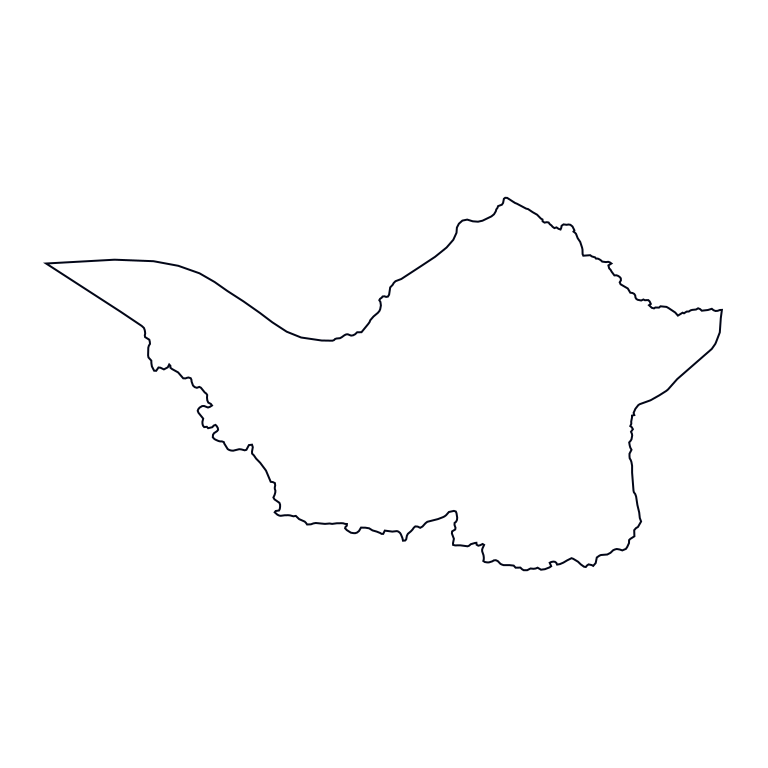 the district of Nyakach, Nyanza, Kenya
{"feature_id": "3690345B60685501176062", "entity_name": "Nyakach", "entity_type": "district", "adm_level": 2, "iso_a3": "KEN", "parent_name": "Kenya", "parent_adm1": "Nyanza", "projection": "mercator", "projection_center": [34.915, -0.319], "detail": "fine", "context": "isolated", "style": "outline", "palette": "ink", "viewbox_px": 768, "rotation_deg": 0, "n_neighbors": 0, "source": "geoboundaries", "source_scale": "gbopen_adm2", "svg_char_len": 6126}
<svg xmlns="http://www.w3.org/2000/svg" viewBox="0 0 768 768"><path d="M641.1,521.5L639.8,518.0L639.2,512.5L637.4,505.0L636.1,496.5L635.2,494.0L633.9,492.3L633.5,490.6L632.1,472.7L632.1,465.8L631.4,461.9L630.7,460.0L629.7,458.3L629.5,456.2L629.5,453.7L631.5,449.8L630.3,447.6L629.7,445.4L629.2,442.4L630.6,440.8L631.5,439.3L632.2,435.4L631.9,433.7L631.0,431.8L632.9,429.2L631.7,427.1L630.3,426.1L631.3,423.8L631.2,421.6L632.0,417.5L632.0,415.6L634.3,415.1L633.6,412.9L635.4,408.8L638.3,405.1L639.7,404.2L650.5,400.3L659.2,395.4L666.3,390.9L668.0,389.5L677.2,379.1L711.8,348.9L715.3,343.9L716.0,342.3L719.8,332.4L720.8,318.1L721.9,309.9L719.9,310.0L717.7,310.8L715.6,311.0L713.5,310.2L711.8,308.8L707.9,310.0L701.8,310.7L700.1,309.1L698.1,308.3L696.1,309.5L692.2,309.9L690.5,310.4L688.9,311.5L686.6,311.6L684.0,313.3L682.6,312.7L677.9,315.6L675.2,312.5L668.6,308.1L666.5,306.9L660.5,306.3L659.0,307.6L655.3,307.5L654.0,308.4L651.8,307.8L649.0,305.2L650.8,303.9L649.7,301.5L648.3,300.1L644.8,300.2L643.4,299.5L641.2,300.5L637.7,299.8L636.4,299.0L635.5,297.6L635.2,295.4L634.2,293.9L632.5,293.0L630.3,292.7L627.8,288.5L620.6,284.3L619.7,282.3L620.9,280.4L620.8,278.3L619.6,276.9L618.1,275.9L616.5,275.3L614.4,275.4L611.7,271.8L610.5,269.7L609.2,268.4L608.4,265.4L611.4,263.5L609.9,262.4L608.2,261.8L606.0,262.1L602.2,261.6L601.1,260.5L599.5,259.4L597.8,258.6L596.0,258.6L595.1,257.4L591.8,256.4L590.2,255.2L583.3,255.7L582.6,254.1L582.5,249.6L582.1,247.7L580.2,241.9L577.7,238.2L576.0,233.8L574.9,232.6L573.5,231.6L574.4,230.3L572.5,226.5L570.4,224.8L568.5,224.5L566.6,224.8L563.5,224.4L561.6,225.8L561.2,228.0L560.5,229.5L558.5,228.8L556.5,227.4L554.4,228.1L552.6,226.8L551.4,225.4L549.8,224.2L548.6,222.5L546.8,222.2L544.5,222.6L542.6,221.3L542.5,219.5L540.8,218.5L537.1,214.7L532.7,212.2L528.1,209.1L526.1,208.6L516.9,203.7L514.9,202.9L507.2,197.9L505.2,197.8L503.9,198.8L503.1,202.9L501.9,204.7L498.1,206.1L497.4,208.0L496.3,209.4L495.8,211.3L494.0,214.3L491.4,216.4L482.5,220.7L478.0,221.7L472.8,221.3L467.2,219.6L462.4,220.6L458.9,223.7L456.9,227.6L456.5,232.8L453.3,239.8L446.6,247.5L435.1,256.8L421.8,265.6L401.3,279.0L395.5,281.2L393.7,283.0L392.7,284.8L390.2,287.4L389.1,294.7L387.9,296.6L386.1,296.9L384.5,296.3L382.6,296.5L381.7,297.7L380.1,298.8L379.3,300.2L380.4,301.9L380.9,305.4L380.2,309.2L379.4,311.0L377.9,312.8L373.5,316.5L370.3,320.2L369.5,322.2L368.2,324.0L361.5,332.2L357.1,332.3L355.2,334.2L353.1,335.3L351.1,335.6L347.8,334.3L346.2,334.4L344.5,335.2L341.6,337.3L339.9,338.2L336.6,338.5L335.1,339.0L334.0,340.1L332.4,340.7L321.6,340.5L301.1,337.5L286.7,331.7L272.3,322.3L260.0,313.0L243.5,301.4L227.4,291.0L214.6,282.0L199.5,273.3L178.3,265.8L153.5,261.2L114.6,259.7L46.1,263.5L120.4,311.6L141.7,325.9L143.9,327.9L144.7,330.0L145.0,331.7L145.2,333.5L144.8,335.3L145.1,337.1L149.3,339.7L149.8,341.7L150.0,343.9L148.9,345.6L148.3,347.7L148.1,355.4L148.5,357.5L151.3,360.6L151.4,363.3L151.9,366.4L154.1,370.7L156.2,370.8L158.5,367.5L160.4,367.7L163.9,369.4L167.8,367.3L169.2,364.5L170.4,365.8L170.4,367.7L172.0,369.0L178.1,372.4L183.2,378.3L185.5,378.4L187.0,377.8L188.5,377.5L190.7,378.2L191.4,379.7L191.6,381.6L193.0,385.5L194.7,387.1L196.9,387.8L199.3,386.9L200.9,387.7L204.7,392.4L206.3,393.6L207.2,395.0L207.0,397.6L207.3,400.4L208.3,402.6L210.8,403.9L212.0,405.5L210.0,406.8L208.0,407.5L204.1,406.0L202.1,406.1L199.6,407.6L198.3,409.2L197.7,410.8L198.5,412.8L203.2,418.6L202.4,421.9L202.5,423.9L203.0,425.7L204.2,427.1L206.8,426.8L208.1,428.2L212.3,427.2L213.7,425.6L215.5,424.9L216.7,426.1L217.8,428.0L218.1,429.8L217.1,431.1L214.0,433.2L213.0,434.8L212.8,437.3L214.5,439.1L216.2,440.0L218.5,441.0L220.1,441.4L221.9,441.4L223.8,442.1L224.3,443.6L227.7,449.1L229.3,450.0L231.0,450.5L233.1,450.7L239.2,449.2L241.3,449.4L244.7,450.3L246.4,449.8L248.9,445.1L252.0,444.7L252.8,447.2L252.0,451.6L252.1,453.6L253.9,455.4L256.1,458.6L260.2,462.8L266.0,470.6L270.7,481.8L272.9,482.1L274.9,483.1L275.2,485.5L274.8,487.2L274.8,488.9L275.4,490.6L275.3,492.4L274.6,494.9L273.4,497.5L274.5,499.4L279.4,502.8L280.1,504.7L280.1,506.8L279.8,508.9L279.0,510.5L275.7,511.0L274.7,512.3L277.4,514.7L279.3,515.6L280.8,515.8L284.5,515.3L288.2,515.2L290.1,515.4L293.4,516.3L295.8,515.9L299.1,519.1L304.7,521.6L306.0,522.9L307.1,524.5L311.0,524.3L313.4,523.4L315.8,523.0L325.0,523.9L329.6,523.5L332.1,523.9L336.6,523.3L341.6,523.2L343.2,523.3L345.1,523.9L346.9,524.0L346.8,525.7L345.5,526.9L345.1,528.3L346.8,530.1L350.9,532.7L353.3,533.1L355.1,533.2L357.0,532.6L359.0,531.0L361.0,527.6L365.4,527.7L369.1,528.3L372.5,530.4L376.7,531.6L380.2,533.0L381.6,533.9L383.2,533.9L384.8,530.6L392.3,531.6L396.9,531.1L398.4,531.6L400.0,532.9L400.9,534.3L402.4,538.0L403.0,540.7L405.2,540.5L406.2,539.3L406.9,535.7L407.9,533.8L410.9,531.3L412.5,529.6L413.8,527.7L415.3,526.4L417.7,526.6L420.2,527.8L422.5,526.5L425.5,523.2L427.3,521.8L437.9,519.1L442.9,517.2L444.5,516.4L446.1,515.2L448.9,512.0L453.9,510.9L455.8,511.5L456.5,513.2L457.2,517.6L457.0,519.8L456.1,521.7L454.6,522.9L454.5,524.9L455.5,527.8L455.2,529.5L452.1,531.4L451.9,533.5L453.9,538.8L453.0,543.2L453.1,544.9L455.1,545.4L460.1,545.3L467.6,546.3L469.1,545.7L470.8,544.2L474.9,543.0L476.4,542.8L476.6,544.7L478.3,545.7L480.2,545.2L482.6,544.0L484.1,544.9L482.5,548.4L482.1,549.8L482.2,551.4L483.5,555.2L483.8,557.4L483.8,559.2L483.3,561.0L484.8,562.0L487.1,562.4L488.9,562.4L492.4,561.3L493.8,560.4L495.8,560.2L497.8,561.1L500.5,563.9L502.0,564.6L503.5,565.1L509.3,565.1L513.7,565.6L515.6,567.7L520.4,567.6L522.0,569.2L523.7,570.2L527.2,570.2L530.5,568.5L533.6,568.8L535.7,568.5L537.6,567.7L541.0,569.7L544.9,569.2L549.5,567.4L551.2,566.2L549.7,562.8L551.2,562.0L553.3,561.6L554.9,561.8L556.3,562.8L557.1,564.6L559.9,564.1L563.4,562.6L567.1,560.4L571.5,558.2L573.2,558.8L578.0,561.7L580.8,564.4L584.0,566.7L585.8,567.0L587.0,565.5L588.6,564.4L591.8,565.1L593.2,565.9L595.7,563.0L596.8,557.5L599.5,555.6L601.0,555.0L607.3,554.5L610.5,552.8L613.2,550.2L615.1,549.4L616.8,549.0L619.7,549.5L622.3,550.4L625.9,548.9L627.2,547.0L629.0,543.1L629.1,540.1L630.3,538.9L634.4,536.3L634.2,530.2L635.9,528.2L638.0,526.9L641.1,521.5Z" fill="none" stroke="#020617" stroke-width="2"/></svg>